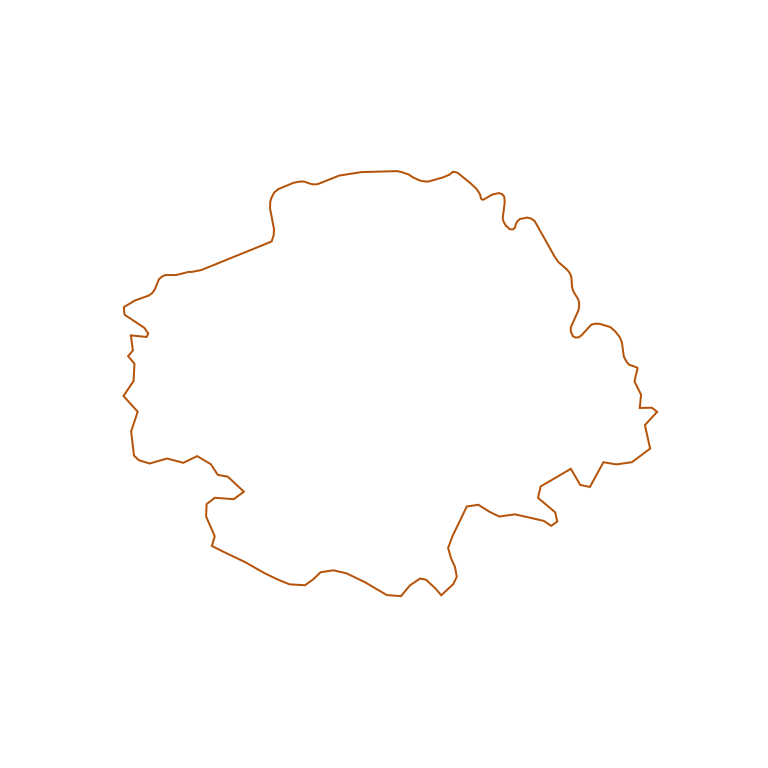 outline of Herefordshire, rotated 116°
{"feature_id": "GBR-2775", "entity_name": "Herefordshire", "entity_type": "Unitary Authority", "adm_level": 1, "iso_a3": "GBR", "parent_name": "United Kingdom", "parent_adm1": "", "projection": "albers", "projection_center": [-2.802, 52.104], "detail": "fine", "context": "isolated", "style": "outline", "palette": "amber", "viewbox_px": 768, "rotation_deg": 116, "n_neighbors": 0, "source": "natural_earth", "source_scale": "10m", "svg_char_len": 2326}
<svg xmlns="http://www.w3.org/2000/svg" viewBox="0 0 768 768"><g transform="rotate(116 384 384)"><path d="M203.2,496.7L186.9,465.5L185.7,460.4L184.9,453.4L185.6,448.5L185.4,440.9L184.2,436.5L182.6,432.9L172.6,421.7L167.3,417.0L163.1,415.1L162.3,412.8L161.9,410.5L165.6,394.4L168.1,386.4L170.0,383.1L171.8,380.5L174.7,378.2L175.2,376.7L174.9,375.6L166.2,369.7L162.0,364.4L161.6,360.8L163.0,358.0L168.1,355.0L183.2,349.9L186.0,347.3L188.3,343.8L189.7,338.7L188.6,335.9L185.9,334.8L183.1,335.5L179.8,335.6L176.2,334.2L171.6,328.2L170.8,324.0L171.5,320.0L195.0,286.1L198.0,280.6L200.9,269.8L202.3,266.6L204.1,264.1L206.5,262.0L214.3,257.6L216.7,255.5L218.5,253.3L222.5,247.0L224.2,245.3L226.5,243.6L231.9,241.6L251.4,240.9L254.9,239.1L258.3,235.1L258.2,232.1L256.8,229.6L254.1,228.0L239.8,223.7L237.2,220.5L235.4,216.5L233.8,206.7L233.7,205.1L235.6,198.7L238.6,192.5L242.6,188.2L254.2,180.5L257.8,175.5L259.2,172.1L258.2,163.2L257.8,163.2L271.9,160.0L280.9,148.3L293.4,143.6L287.9,132.8L289.3,126.3L306.5,131.5L325.4,116.5L345.6,126.9L354.5,140.1L358.1,152.5L386.3,153.8L388.7,163.4L378.3,178.9L407.4,198.3L418.8,195.7L424.3,173.9L431.6,168.0L438.2,171.5L437.0,180.4L443.7,209.1L452.6,222.3L452.6,233.1L451.2,246.3L457.8,255.9L472.5,255.8L490.1,255.8L503.3,254.5L511.3,247.3L517.2,240.1L525.3,234.1L533.3,234.0L548.8,239.9L545.2,248.3L541.5,260.4L543.0,266.3L553.4,272.3L567.3,275.8L572.5,289.0L570.5,314.2L570.6,334.6L573.6,347.8L581.0,358.5L590.6,362.0L599.5,366.8L605.5,381.2L606.3,393.1L606.4,408.8L605.0,430.4L605.2,454.3L605.0,467.7L595.0,469.4L581.1,485.8L569.8,490.8L560.4,486.2L553.4,468.6L542.2,462.7L535.8,483.7L538.5,493.6L532.0,504.5L530.7,520.3L542.8,529.8L546.1,546.4L558.2,559.8L560.0,570.9L557.9,577.4L537.4,590.5L516.9,593.2L509.0,612.9L491.2,610.4L475.1,617.2L471.2,626.2L463.9,624.4L451.3,632.8L445.8,618.0L442.0,618.0L438.6,624.0L435.5,647.3L435.3,647.5L434.9,648.0L428.9,651.5L418.2,644.5L407.6,634.2L403.7,632.1L399.1,631.5L388.6,632.2L385.0,630.8L382.3,628.7L380.8,626.2L378.3,620.7L376.7,618.0L369.1,609.0L367.6,606.0L361.6,598.1L305.2,547.5L298.9,548.3L293.1,550.7L276.0,563.5L270.0,566.1L266.0,566.8L259.8,566.6L255.0,564.3L242.7,553.4L239.3,548.9L237.2,544.9L236.3,538.0L235.5,534.9L234.2,532.4L233.3,531.1L216.3,515.6L203.4,497.1L203.2,496.7Z" fill="none" stroke="#b45309" stroke-width="2"/></g></svg>